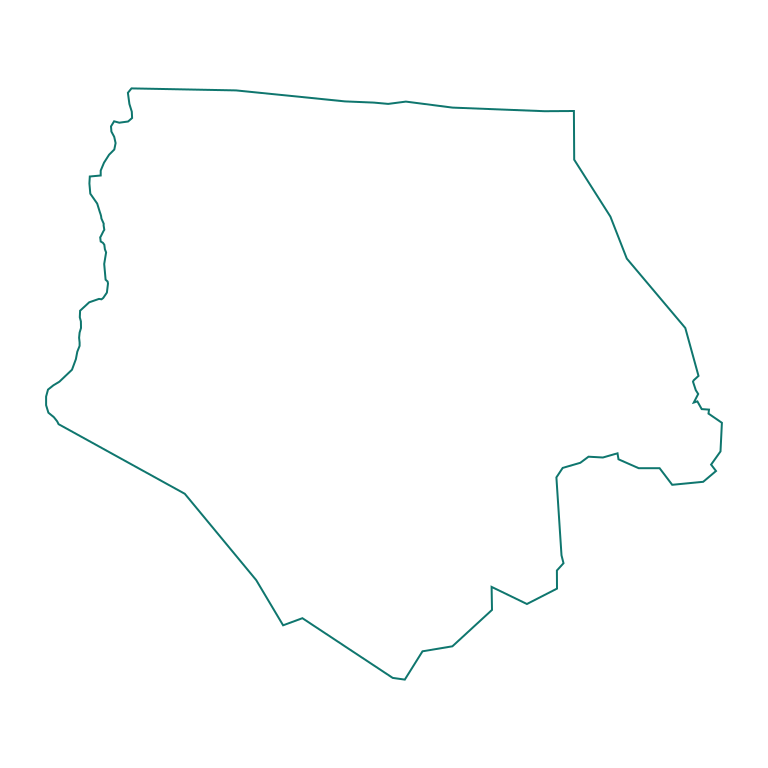 Ashe, North Carolina, United States of America
{"feature_id": "52423323B47317028722188", "entity_name": "Ashe", "entity_type": "district", "adm_level": 2, "iso_a3": "USA", "parent_name": "United States of America", "parent_adm1": "North Carolina", "projection": "albers", "projection_center": [-81.548, 36.414], "detail": "fine", "context": "isolated", "style": "outline", "palette": "teal", "viewbox_px": 768, "rotation_deg": 0, "n_neighbors": 0, "source": "geoboundaries", "source_scale": "gbopen_adm2", "svg_char_len": 1525}
<svg xmlns="http://www.w3.org/2000/svg" viewBox="0 0 768 768"><path d="M711.4,464.2L720.5,451.4L721.9,422.8L708.5,413.6L709.0,409.6L701.7,409.1L697.4,401.4L693.8,402.5L698.2,394.0L695.8,390.2L693.0,381.7L693.7,380.3L698.5,375.9L685.3,328.0L626.8,258.6L610.4,216.6L574.2,159.7L573.9,111.0L544.5,111.2L452.5,107.6L405.9,101.6L388.2,103.9L373.9,102.6L345.0,101.4L236.0,90.4L131.5,88.4L127.9,92.8L129.4,104.0L131.8,111.7L132.1,118.0L128.1,121.5L119.3,122.7L114.1,121.3L111.0,126.4L111.4,131.6L114.2,136.8L115.6,143.1L114.3,149.5L109.1,154.7L104.0,162.7L100.7,170.6L100.7,175.5L89.8,176.5L89.4,183.5L90.3,193.7L97.2,203.6L99.9,212.3L100.5,214.0L101.1,216.2L101.4,218.5L103.7,223.7L103.6,225.3L104.3,229.8L103.4,231.2L100.7,236.6L100.2,237.3L100.7,241.5L102.9,242.8L104.3,244.7L104.9,249.3L106.1,252.4L104.2,264.0L105.6,279.7L107.6,281.5L108.0,283.5L106.9,292.6L103.2,298.0L101.5,299.3L99.0,298.9L89.2,302.3L80.1,310.7L79.8,317.3L80.9,321.4L81.0,328.0L79.6,332.6L79.1,337.8L79.6,342.4L79.6,345.9L77.3,351.7L75.9,359.1L72.0,369.7L59.4,381.7L53.4,385.3L48.0,389.6L46.1,396.6L46.1,405.2L48.4,412.7L53.9,417.2L57.2,421.4L58.6,424.2L184.8,493.8L256.2,580.1L283.1,625.3L302.4,618.2L392.7,677.9L404.8,679.6L422.5,651.3L452.4,646.3L492.0,609.9L491.6,586.9L526.9,604.0L557.0,588.6L556.9,570.5L563.5,563.2L561.5,555.3L556.4,477.4L562.7,467.9L580.3,462.8L588.5,456.7L602.9,457.5L617.5,453.3L618.5,459.3L638.7,468.2L659.6,468.2L672.2,484.8L703.2,481.8L716.0,471.0L711.1,464.6L711.4,464.2Z" fill="none" stroke="#0f766e" stroke-width="2"/></svg>